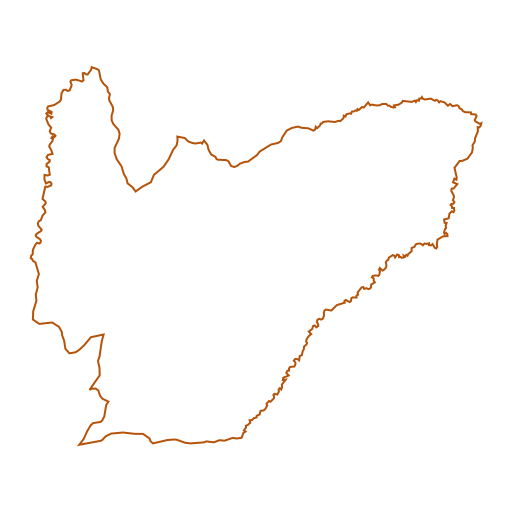 outline of União do Sul, Mato Grosso, Brazil
{"feature_id": "56859067B54495236199996", "entity_name": "União do Sul", "entity_type": "district", "adm_level": 2, "iso_a3": "BRA", "parent_name": "Brazil", "parent_adm1": "Mato Grosso", "projection": "robinson", "projection_center": [-54.31, -11.533], "detail": "fine", "context": "isolated", "style": "outline", "palette": "amber", "viewbox_px": 512, "rotation_deg": 0, "n_neighbors": 0, "source": "geoboundaries", "source_scale": "gbopen_adm2", "svg_char_len": 5963}
<svg xmlns="http://www.w3.org/2000/svg" viewBox="0 0 512 512"><path d="M32.9,319.5L39.3,323.9L52.2,322.5L59.0,326.9L61.8,331.9L62.2,335.5L64.1,340.5L65.4,348.8L69.4,353.3L75.5,352.3L79.3,349.8L84.2,345.2L90.9,337.2L103.6,334.5L101.8,341.0L99.5,356.7L98.0,361.0L99.5,367.9L99.7,375.3L89.5,389.9L91.7,388.7L95.6,388.6L98.4,390.5L100.0,395.7L102.4,398.7L108.4,401.6L106.2,405.0L104.3,416.4L102.2,420.5L100.6,421.9L93.2,423.1L90.7,425.3L87.3,431.0L83.6,439.1L79.2,444.8L100.2,440.9L102.2,440.1L105.6,436.4L111.1,433.6L122.9,432.5L135.2,433.9L143.0,433.9L149.5,438.4L150.5,441.2L153.0,443.4L167.0,440.1L173.8,439.5L176.6,439.7L184.9,442.7L190.3,443.4L203.7,442.4L206.5,441.4L213.8,442.3L219.6,440.2L224.5,440.7L232.6,437.9L236.6,438.5L241.6,437.8L243.4,432.9L245.5,431.6L243.9,430.4L246.0,427.5L245.9,425.7L247.6,425.1L250.3,422.7L249.6,420.3L251.9,420.2L254.0,418.1L256.5,417.5L256.7,415.8L259.7,414.4L260.5,410.9L263.8,410.4L265.5,408.7L267.2,405.4L266.5,403.9L267.6,402.5L269.0,401.0L270.4,401.8L273.9,398.3L274.2,396.7L273.4,395.0L274.4,393.8L277.2,394.6L278.9,391.7L278.6,389.5L279.8,388.2L281.2,389.5L282.0,387.3L281.9,384.5L285.7,379.6L282.9,379.9L283.3,377.7L288.7,375.5L286.3,372.9L287.3,370.8L289.1,370.6L289.0,368.5L290.0,367.0L294.3,366.5L295.4,364.5L295.4,362.5L293.8,360.6L295.3,358.9L297.6,359.2L299.1,360.3L299.8,355.9L301.8,355.3L302.7,351.2L303.9,349.1L304.0,346.6L306.5,344.4L307.1,342.8L306.1,341.5L306.6,339.4L308.7,336.1L311.2,334.1L308.8,331.5L312.2,329.0L313.0,326.1L314.7,325.4L316.3,327.3L318.3,326.0L318.0,323.8L316.8,322.0L317.5,319.7L319.3,318.8L321.2,319.6L322.9,318.6L324.0,315.6L323.8,313.2L324.5,310.5L325.8,309.6L331.4,310.5L336.8,305.1L344.7,302.7L344.3,301.2L345.6,300.0L349.6,302.0L350.9,301.2L351.4,298.1L352.7,297.4L356.5,297.5L356.5,295.5L358.1,294.7L357.6,292.5L361.5,287.5L363.3,287.0L364.2,288.9L366.4,288.2L368.4,289.1L370.2,288.5L371.0,287.2L371.2,284.5L374.8,282.4L373.7,280.8L373.7,278.4L371.9,277.3L372.7,275.9L376.2,275.4L378.3,275.9L379.3,274.8L380.0,271.2L379.0,269.8L379.8,268.0L382.6,270.6L384.5,269.3L386.1,267.3L386.4,265.1L385.8,262.4L386.7,260.7L388.4,259.6L388.8,257.7L392.8,255.1L394.4,255.7L395.1,257.4L397.2,254.5L398.9,255.2L399.1,257.1L400.5,256.8L401.6,257.8L403.9,257.4L403.6,255.5L405.2,256.6L406.3,254.9L407.5,255.7L408.4,253.9L411.6,251.3L411.6,248.0L414.4,246.9L415.9,244.3L418.1,243.6L420.6,243.6L422.9,245.3L424.4,243.5L426.6,243.9L429.0,243.3L428.9,245.1L430.9,245.4L432.6,244.1L434.7,247.8L436.2,248.5L437.2,246.9L436.9,243.7L437.5,239.6L442.9,236.4L447.5,236.1L447.3,234.0L446.1,232.9L444.6,234.0L444.0,232.4L445.0,229.2L446.1,228.0L445.6,225.8L446.6,223.0L444.6,222.8L444.1,219.5L448.7,218.3L449.4,213.7L451.9,211.3L453.5,212.2L454.3,210.7L454.0,208.0L452.1,208.0L451.9,206.2L450.6,205.0L451.6,203.8L453.3,203.8L454.4,202.1L452.9,200.1L453.9,197.7L453.9,195.8L451.2,190.7L451.8,188.5L453.6,188.5L457.3,184.1L453.0,182.3L454.4,178.6L456.4,179.7L456.7,177.6L454.5,167.8L459.6,161.0L462.1,160.9L467.4,158.7L472.0,152.4L472.8,148.0L472.5,145.3L474.8,141.6L475.0,138.4L477.9,131.4L477.7,127.1L479.1,127.5L480.6,126.0L481.3,123.2L479.9,123.9L475.4,121.4L474.7,120.0L476.6,116.1L475.7,114.5L471.1,114.1L470.9,112.4L465.1,112.2L462.9,111.1L461.6,109.1L459.7,108.5L458.6,106.1L457.2,105.2L452.4,106.2L450.1,104.0L447.9,105.7L444.5,102.4L440.5,101.2L439.1,102.4L437.8,100.6L436.3,99.8L434.8,100.8L430.7,98.6L424.7,99.5L422.7,98.6L421.9,97.1L421.1,98.5L419.2,98.5L419.0,100.6L417.1,100.2L415.9,102.0L415.0,100.6L411.7,101.9L402.7,100.9L402.1,102.4L398.5,104.7L394.0,105.4L394.9,107.3L393.5,107.5L390.9,106.8L389.5,105.6L387.9,105.7L386.3,104.0L382.1,104.0L379.7,105.3L376.1,105.4L371.8,104.6L370.1,105.3L368.1,102.4L363.8,107.6L361.9,107.0L358.8,110.0L357.5,109.1L356.8,110.8L355.5,110.4L353.9,111.4L351.9,111.6L351.0,113.8L349.7,113.4L346.4,114.3L345.5,116.5L343.8,115.7L343.5,118.2L340.3,121.1L338.1,120.9L335.0,122.0L328.2,121.3L323.2,121.9L322.1,123.2L320.6,123.6L320.2,125.3L317.2,128.2L315.7,126.8L315.2,129.5L313.4,130.6L308.3,128.3L301.7,127.8L297.9,126.6L291.7,128.0L286.7,130.6L282.4,137.2L280.9,141.1L278.2,142.9L271.1,144.5L259.6,151.6L257.1,155.0L248.0,161.6L244.4,162.0L239.7,163.8L237.5,165.7L234.4,167.0L231.2,166.1L228.4,161.2L226.2,160.1L217.9,159.7L216.5,159.0L215.4,156.8L211.2,154.5L208.6,149.9L207.4,144.8L204.0,140.5L202.1,143.6L200.8,142.6L195.6,143.5L192.7,143.1L188.3,141.5L184.7,138.0L177.3,136.6L177.6,140.3L176.6,145.3L173.2,149.7L168.7,159.2L163.6,166.7L153.9,174.9L150.9,182.2L142.3,186.7L135.6,191.5L132.4,187.1L127.6,183.4L126.3,178.1L123.9,174.2L121.5,166.3L116.7,159.2L114.6,153.1L114.6,147.9L118.9,138.8L119.6,133.5L118.4,129.8L113.5,124.2L111.7,120.5L111.6,115.7L113.2,110.2L112.8,106.8L109.3,100.4L109.0,98.2L109.9,94.2L107.8,91.4L107.3,87.3L103.3,83.5L100.7,79.2L99.0,70.5L97.4,69.2L91.7,67.2L91.1,69.8L87.6,74.5L85.7,74.3L84.3,72.9L82.7,73.3L83.5,80.3L82.1,81.5L76.0,79.6L71.2,80.3L70.4,81.6L71.7,85.1L69.7,90.3L67.5,90.9L65.8,89.7L63.5,89.9L61.5,93.3L61.0,99.5L59.8,101.4L54.3,105.0L48.1,106.4L47.3,108.0L47.6,109.8L51.7,112.1L51.3,113.7L47.6,112.2L46.3,113.5L48.6,115.9L46.9,116.7L46.2,118.7L48.5,124.5L51.2,127.7L49.8,131.2L50.7,133.4L54.4,134.5L55.5,135.8L54.5,137.0L52.5,136.3L51.4,138.2L53.0,138.7L52.5,141.0L49.7,144.6L49.2,146.5L51.3,150.2L52.5,153.9L48.0,154.9L46.5,157.3L48.1,159.3L49.8,160.1L49.6,161.7L46.6,164.0L46.5,166.4L48.7,167.2L49.8,174.7L47.8,175.5L44.6,174.9L44.4,179.4L46.0,183.5L49.0,181.9L50.5,182.2L51.5,183.7L51.2,185.3L47.6,186.9L45.3,186.6L42.5,198.9L45.5,201.6L45.7,203.3L42.7,206.9L45.1,210.3L45.3,212.5L42.4,215.8L40.9,220.1L38.8,221.3L37.9,223.2L38.2,225.5L41.7,229.8L40.9,231.1L36.4,234.0L35.7,235.5L36.4,236.9L39.7,238.9L40.9,240.6L40.5,242.7L39.3,243.5L37.2,242.7L35.4,244.7L32.9,249.8L32.7,254.2L31.2,255.7L30.7,258.2L32.2,259.1L32.9,260.8L35.4,262.3L38.9,274.1L36.7,281.0L37.7,287.3L35.8,294.4L36.4,300.8L33.2,311.3L32.9,319.5ZM50.2,116.5L52.2,117.1L51.0,118.1L50.2,116.5Z" fill="none" stroke="#b45309" stroke-width="2"/></svg>